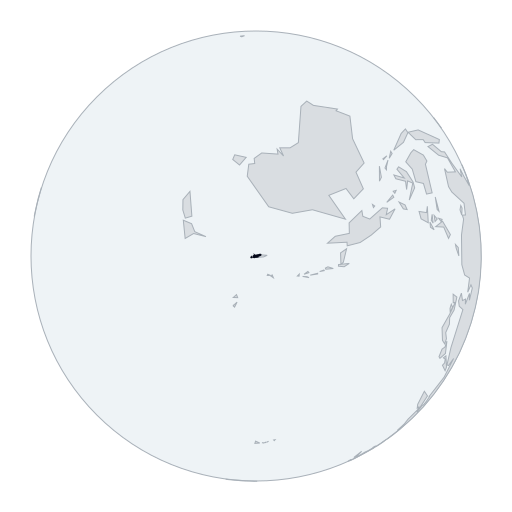 Sud on an orthographic globe, rotated 135°
{"feature_id": "NCL-1259", "entity_name": "Sud", "entity_type": "Province", "adm_level": 1, "iso_a3": "NCL", "parent_name": "New Caledonia", "parent_adm1": "", "projection": "orthographic", "projection_center": [166.304, -21.993], "detail": "fine", "context": "on_globe", "style": "filled", "palette": "ink", "viewbox_px": 512, "rotation_deg": 135, "n_neighbors": 0, "source": "natural_earth", "source_scale": "10m", "svg_char_len": 7136}
<svg xmlns="http://www.w3.org/2000/svg" viewBox="0 0 512 512"><g transform="rotate(135 256 256)"><circle cx="256" cy="256" r="225" fill="#eef3f6" stroke="#a8b0b8"/><path d="M307.3,235.0L307.4,236.8L307.1,237.0L307.3,235.0ZM435.3,119.6L433.4,117.1L416.7,98.1L414.4,95.9L425.3,107.4L435.3,119.6ZM334.8,45.0L333.3,44.5L330.2,43.3L334.8,45.0ZM329.9,43.2L328.7,44.3L319.4,43.2L327.0,43.1L325.4,42.2L317.6,40.3L314.3,39.0L308.7,37.6L305.5,36.5L310.1,37.3L309.1,37.1L329.9,43.2ZM306.2,36.4L302.7,35.6L296.1,34.3L297.1,34.5L306.2,36.4ZM369.2,450.8L367.9,451.5L376.9,446.0L384.9,440.8L369.2,450.8ZM387.2,125.4L385.6,121.1L389.3,124.3L387.2,125.4ZM382.8,118.3L383.8,119.8L382.6,118.4L382.8,118.3ZM380.8,117.1L382.2,118.0L380.6,117.4L380.8,117.1ZM378.1,116.1L379.5,116.5L379.4,116.6L378.1,116.1ZM373.6,113.4L372.4,112.6L373.6,112.5L373.6,113.4ZM332.3,44.7L336.1,45.8L333.5,45.2L332.3,44.7ZM308.4,37.7L308.4,37.9L305.5,37.1L308.4,37.7ZM297.9,34.9L293.2,34.0L298.8,35.0L297.9,34.9ZM283.4,32.4L286.0,32.7L293.0,33.8L289.8,33.3L291.0,33.6L279.6,32.0L278.6,32.0L276.5,31.7L283.4,32.4ZM359.3,456.2L359.5,456.1L375.0,447.2L367.4,451.8L367.5,451.7L359.3,456.2ZM276.5,31.7L278.6,32.0L274.6,31.8L279.4,32.8L269.7,32.4L263.9,33.1L250.5,33.0L247.1,34.1L249.5,34.5L246.5,36.8L232.6,41.3L233.7,35.8L252.7,31.8L244.1,32.9L243.0,32.3L238.1,32.8L232.2,34.0L233.4,34.2L208.7,37.3L188.7,43.8L197.4,42.4L197.9,44.0L182.7,53.5L147.6,71.8L147.8,76.8L144.5,81.0L137.0,84.5L141.5,78.5L138.3,77.4L142.1,73.9L131.5,78.6L136.4,73.8L125.7,80.4L124.4,83.6L131.9,80.7L120.6,89.4L121.9,95.0L116.6,104.3L95.9,125.5L83.1,135.3L81.2,139.0L78.9,136.9L71.6,146.2L72.3,162.8L70.8,168.9L60.9,184.5L61.5,180.0L55.5,174.5L51.2,190.0L55.6,198.2L57.0,211.8L52.2,210.2L51.2,198.7L49.1,196.3L51.9,183.0L54.6,166.4L50.0,173.4L52.5,165.9L55.5,154.9L50.0,164.9L45.8,174.9L52.2,160.0L59.6,145.6L68.1,131.8L77.5,118.6L87.8,106.2L99.0,94.5L111.0,83.6L123.7,73.6L137.2,64.6L151.2,56.6L165.8,49.6L180.8,43.6L196.3,38.8L212.0,35.1L228.0,32.5L244.1,31.0L260.3,30.8L276.5,31.7ZM108.3,419.9L111.1,421.1L111.8,422.7L108.3,419.9ZM92.6,234.3L97.7,234.0L97.6,235.0L92.6,234.3ZM87.3,232.2L92.7,230.9L86.7,234.8L87.3,232.2ZM94.8,230.5L100.4,227.0L102.8,224.7L102.6,227.0L94.8,230.5ZM83.8,233.4L66.7,240.0L60.5,240.2L61.4,235.8L71.4,232.1L83.8,233.4ZM61.0,236.0L52.2,230.5L44.0,208.7L46.8,206.5L56.2,216.6L55.5,220.1L60.8,225.3L61.0,236.0ZM84.1,206.9L83.5,216.7L73.5,219.5L69.3,219.7L66.3,209.0L68.0,202.3L71.3,201.1L86.8,176.1L91.6,179.2L86.3,188.9L90.4,195.5L84.1,206.9ZM34.4,215.3L33.1,224.6L32.5,228.4L34.3,216.0L34.4,215.3ZM95.0,160.8L87.5,171.0L95.0,158.2L95.0,160.8ZM100.7,149.6L100.2,153.6L98.5,150.3L100.7,149.6ZM79.1,144.4L75.5,146.9L76.4,144.2L81.6,139.4L79.1,144.4ZM112.5,112.6L108.8,120.2L106.8,123.1L107.0,119.0L112.5,112.6ZM273.2,329.5L279.2,332.8L275.2,340.3L267.8,347.5L257.0,348.4L273.2,329.5ZM199.5,342.6L193.2,332.7L203.3,332.0L204.2,340.7L199.5,342.6ZM278.7,324.4L282.1,316.5L277.7,305.1L284.2,316.0L293.7,318.5L282.1,332.7L278.7,324.4ZM145.9,306.2L118.4,330.0L110.6,329.7L108.9,321.9L94.5,302.3L96.7,302.1L90.7,288.5L104.8,270.6L113.8,245.3L126.0,244.6L132.6,227.6L146.4,227.3L144.6,240.1L161.6,247.4L166.7,218.8L183.4,248.8L200.1,260.5L212.2,281.8L205.8,318.6L196.2,326.0L191.5,322.3L188.3,326.3L179.1,324.8L168.4,312.5L165.5,316.6L165.8,307.2L162.7,315.7L155.4,308.4L145.9,306.2ZM247.6,248.6L251.3,250.0L259.0,256.7L253.0,254.8L247.6,248.6ZM298.4,239.5L301.4,242.7L297.1,242.5L298.4,239.5ZM307.1,237.0L302.0,236.8L307.3,235.0L307.1,237.0ZM259.5,232.1L261.8,234.3L260.6,234.8L259.5,232.1ZM257.9,231.2L259.1,228.3L259.7,231.5L257.9,231.2ZM238.2,212.6L239.8,211.3L240.9,212.6L238.2,212.6ZM105.2,232.3L111.7,223.0L115.8,221.6L105.2,232.3ZM234.9,209.1L230.2,208.4L230.4,206.8L234.9,209.1ZM234.6,205.4L233.8,203.2L237.5,208.6L234.6,205.4ZM225.1,199.7L231.2,204.1L224.6,200.2L225.1,199.7ZM222.0,200.0L217.9,198.1L218.1,197.4L222.0,200.0ZM181.9,201.4L196.4,214.5L186.0,213.9L174.0,206.0L166.7,213.6L149.0,213.3L152.4,208.5L149.4,201.7L132.6,200.7L129.2,196.7L134.7,193.1L124.3,191.0L135.6,187.6L140.7,196.0L147.3,188.4L159.8,189.3L172.8,191.9L184.3,198.7L181.9,201.4ZM136.7,207.4L138.7,207.2L137.2,210.1L136.7,207.4ZM210.2,192.5L216.0,197.3L215.5,198.4L212.8,197.5L210.2,192.5ZM186.8,197.1L198.7,189.8L201.8,190.1L194.0,198.4L186.8,197.1ZM195.3,184.8L201.3,186.1L204.9,190.5L203.7,191.6L195.3,184.8ZM113.5,202.2L113.2,204.8L110.5,203.3L113.5,202.2ZM117.0,200.1L125.6,201.5L116.3,202.4L117.0,200.1ZM93.6,196.7L95.7,201.9L102.5,196.5L97.4,203.1L102.5,211.7L101.2,215.8L96.0,206.3L95.0,217.7L92.1,218.2L90.0,209.3L92.6,197.3L95.6,192.0L108.1,187.2L93.6,196.7ZM116.7,193.0L114.5,186.7L116.3,182.0L118.5,185.1L116.7,193.0ZM109.2,172.2L104.7,166.1L99.7,170.0L110.7,157.7L113.0,165.5L109.2,172.2ZM106.8,157.3L102.0,160.9L107.5,154.0L106.8,157.3ZM101.3,158.8L101.7,154.0L105.0,153.8L101.3,158.8ZM109.0,157.0L111.5,148.6L112.3,153.0L109.0,157.0ZM102.8,143.7L108.2,149.7L99.5,148.7L103.4,133.7L107.4,132.3L102.8,143.7ZM152.0,83.8L153.3,80.6L158.1,79.3L155.8,81.8L152.0,83.8ZM175.1,73.8L159.9,78.0L147.9,82.4L149.7,83.4L143.6,89.6L143.0,84.9L154.2,77.7L162.6,75.5L167.5,71.0L176.0,67.7L179.9,62.8L184.7,60.5L183.8,64.5L175.1,73.8ZM181.2,60.8L191.0,53.1L198.3,53.6L197.8,55.4L190.3,58.6L186.8,58.0L181.2,60.8ZM195.5,51.5L192.3,51.1L199.9,42.7L203.4,41.2L201.4,46.9L198.3,47.0L195.1,49.3L195.5,51.5Z" fill="#d9dde1" stroke="#a8b0b8" stroke-width="1"/><path d="M255.2,254.2L255.3,254.1L255.6,254.3L255.8,254.5L256.0,254.6L256.2,254.8L256.3,254.8L256.5,255.0L256.8,255.3L256.7,255.3L256.8,255.4L257.0,255.5L257.3,255.8L257.3,255.7L257.5,255.8L257.4,255.9L257.4,256.0L257.5,256.0L257.8,256.1L258.1,256.2L258.3,256.3L258.4,256.5L258.5,256.7L258.5,256.8L258.7,257.0L258.6,257.3L258.4,257.4L258.4,257.5L258.2,257.6L258.3,257.5L258.2,257.5L258.1,257.4L257.9,257.3L258.0,257.3L258.0,257.2L257.9,257.2L257.9,257.3L257.9,257.5L258.0,257.5L257.9,257.5L257.7,257.6L257.6,257.4L257.5,257.2L257.4,257.3L257.3,257.2L257.2,257.2L256.9,257.1L257.0,257.0L256.9,257.0L256.8,256.9L256.7,256.9L256.7,257.0L256.5,257.3L256.5,257.2L256.4,257.0L256.3,256.9L256.5,256.9L256.5,256.7L256.4,256.7L256.3,256.8L256.2,256.8L256.0,256.7L255.9,256.6L255.7,256.6L255.6,256.4L255.4,256.4L255.4,256.2L255.5,256.1L255.4,256.1L255.4,255.9L255.2,255.8L255.2,255.7L255.0,255.8L254.9,255.8L254.8,255.7L254.7,255.7L254.4,255.5L254.2,255.5L254.2,255.4L254.3,255.4L254.2,255.4L254.2,255.2L254.1,255.3L254.0,255.2L253.9,255.0L253.9,254.9L253.9,255.0L253.7,255.1L253.1,254.8L253.0,254.7L252.9,254.6L253.0,254.5L252.9,254.5L252.7,254.6L252.3,254.4L252.2,254.3L252.2,254.2L251.9,254.0L251.8,253.9L251.7,253.7L251.8,253.5L251.9,253.4L252.0,253.4L252.3,253.4L252.5,253.5L252.8,253.8L253.0,253.7L253.1,253.8L253.3,253.8L253.4,254.0L253.5,254.0L253.8,254.2L254.0,254.2L254.2,254.3L254.3,254.3L254.5,254.4L254.8,254.5L255.0,254.5L255.0,254.4L255.2,254.2L255.2,254.2ZM260.4,258.3L260.5,258.4L260.5,258.5L260.5,258.4L260.4,258.4L260.4,258.5L260.0,258.6L260.1,258.3L260.1,258.2L260.3,258.2L260.4,258.3ZM257.8,257.6L258.0,257.7L257.9,257.7L257.8,257.8L257.7,257.8L257.7,257.7L257.8,257.7L257.8,257.6Z" fill="#0f172a" stroke="#020617" stroke-width="1.5"/></g></svg>